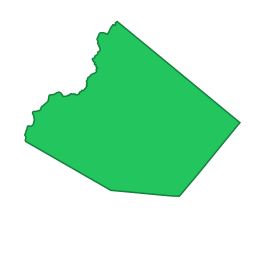 the district of Pailin, Krong Pailin, Cambodia, rotated 40°
{"feature_id": "14789045B44552774517246", "entity_name": "Pailin", "entity_type": "district", "adm_level": 2, "iso_a3": "KHM", "parent_name": "Cambodia", "parent_adm1": "Krong Pailin", "projection": "albers", "projection_center": [102.523, 12.778], "detail": "fine", "context": "isolated", "style": "filled", "palette": "green", "viewbox_px": 256, "rotation_deg": 40, "n_neighbors": 0, "source": "geoboundaries", "source_scale": "gbopen_adm2", "svg_char_len": 3718}
<svg xmlns="http://www.w3.org/2000/svg" viewBox="0 0 256 256"><g transform="rotate(40 128 128)"><path d="M210.3,51.9L206.8,52.0L102.1,52.9L89.4,53.0L51.2,53.4L50.9,54.7L50.9,55.9L51.8,56.5L52.2,57.1L52.2,57.6L51.8,57.9L51.1,58.0L50.6,58.1L50.1,58.5L50.1,59.1L50.3,60.0L50.3,60.5L50.2,61.1L50.4,61.8L50.5,62.3L50.6,63.2L50.9,64.1L51.3,65.7L51.5,66.4L51.6,67.1L51.7,67.6L51.8,68.3L51.9,68.9L51.8,69.6L51.1,69.9L50.7,69.8L49.9,70.0L49.2,70.2L48.6,70.6L47.8,70.9L47.2,71.3L46.7,71.8L46.2,72.2L45.8,72.8L45.4,73.6L45.4,74.3L45.6,75.0L45.8,75.5L46.0,76.0L46.2,76.8L46.3,77.3L46.5,78.1L46.7,78.5L46.8,78.9L47.0,79.4L47.2,79.8L47.5,80.3L48.2,80.4L48.8,80.6L49.6,81.0L49.7,81.5L49.9,82.1L50.3,82.3L50.7,82.8L51.0,83.1L51.4,83.2L51.9,83.3L52.2,83.3L52.6,83.4L53.0,83.8L53.3,84.1L53.6,84.3L54.1,84.4L54.5,84.6L55.1,85.0L55.4,85.1L56.0,85.5L56.4,86.1L56.5,86.5L56.7,87.2L56.8,87.6L56.5,88.2L56.3,88.4L56.2,89.1L56.6,90.0L57.1,90.8L57.2,91.4L57.2,91.8L57.0,92.5L56.7,93.1L56.5,93.8L56.5,94.4L56.9,95.1L57.2,95.6L57.2,96.0L57.1,96.3L56.6,96.9L56.3,97.4L56.3,97.9L56.8,98.5L57.3,98.7L57.7,98.7L58.1,98.7L58.8,99.3L59.2,99.3L59.6,99.2L60.5,99.1L60.8,99.5L60.8,99.9L61.1,100.5L61.4,100.7L61.8,100.8L62.1,100.6L62.9,100.3L63.6,100.8L63.8,101.2L64.2,101.6L64.5,101.7L65.3,101.4L65.8,101.4L65.9,101.8L65.8,102.3L65.8,102.9L66.0,103.5L66.2,103.9L66.8,104.3L67.2,104.5L67.5,104.9L67.6,105.6L67.7,106.1L67.5,106.7L67.3,107.4L66.9,107.9L66.7,108.2L66.3,108.7L66.2,109.1L66.1,109.6L66.0,109.9L65.7,110.5L65.5,110.8L65.4,111.3L65.4,111.9L65.5,112.4L65.6,112.8L65.5,113.2L65.5,113.6L65.4,114.1L65.1,114.5L65.0,114.9L65.0,115.2L65.0,115.7L65.3,116.1L65.9,116.8L65.9,117.4L65.8,117.8L65.8,118.2L65.9,118.5L66.3,119.0L66.9,119.6L67.5,119.7L68.1,119.9L68.2,120.5L68.1,120.9L68.1,121.3L68.4,121.6L68.8,121.8L69.2,121.9L69.6,122.0L69.5,123.1L69.7,123.7L70.0,124.0L70.1,124.5L69.9,125.0L69.8,125.5L69.8,126.0L69.8,126.5L69.8,127.0L69.8,127.4L69.9,127.9L69.6,128.1L69.2,128.3L68.5,128.7L68.5,129.5L68.6,130.3L68.3,130.7L68.0,131.3L67.9,131.8L67.9,132.1L68.2,132.5L68.8,132.9L68.8,133.3L68.5,133.6L68.2,133.9L68.2,134.4L67.8,135.1L67.5,135.4L67.3,135.7L66.9,136.0L66.5,136.1L65.7,135.9L65.3,136.3L65.3,136.7L64.7,136.9L64.1,136.9L63.9,137.6L63.5,138.0L63.2,138.2L62.4,138.2L61.9,139.3L61.9,139.7L62.1,140.1L62.0,140.8L61.6,141.0L61.2,141.2L61.0,141.5L60.9,141.9L60.8,142.5L60.5,143.0L60.2,143.5L59.9,143.8L59.3,144.2L59.1,144.5L58.8,144.9L58.1,145.5L57.7,145.4L56.8,144.9L56.2,144.9L55.8,145.0L55.3,144.8L55.0,144.6L54.4,144.4L53.7,144.3L53.0,144.5L52.4,144.7L52.0,144.9L51.6,145.2L51.5,145.8L51.2,146.3L50.8,146.8L50.5,147.3L50.4,148.1L50.1,149.0L49.8,149.8L49.4,150.2L48.8,151.0L48.4,151.3L47.9,151.8L47.4,152.6L46.9,153.0L46.6,153.6L47.1,154.6L47.6,155.5L48.4,156.6L48.6,157.5L49.2,158.0L49.5,158.7L49.4,159.4L49.3,160.5L49.2,161.6L49.1,162.4L48.9,163.3L48.7,164.9L48.5,166.0L48.2,166.7L48.2,167.9L48.6,168.9L49.1,169.7L49.1,170.6L48.9,171.1L48.7,171.8L48.4,172.3L47.9,173.0L47.5,173.3L47.2,174.0L46.9,174.4L46.4,174.9L46.0,175.1L45.6,175.5L45.3,175.9L45.0,176.2L44.8,176.5L44.9,177.2L45.1,177.6L45.3,178.0L45.9,178.4L46.7,178.8L47.2,178.9L48.0,179.2L48.8,180.2L49.4,180.6L49.9,181.0L50.4,181.4L51.2,182.1L51.6,182.9L52.0,184.2L53.0,185.6L53.1,186.2L53.1,186.8L53.1,187.3L52.8,188.2L52.5,189.1L52.0,189.5L51.5,189.9L50.6,190.2L50.2,190.6L50.0,191.0L50.3,192.0L50.7,192.9L51.2,193.7L51.5,194.3L51.8,195.5L52.2,196.6L52.6,197.5L53.0,198.5L53.2,199.2L53.4,199.7L54.2,200.0L54.9,200.2L55.8,200.7L56.2,201.3L56.7,202.3L56.9,202.9L57.2,203.3L57.5,203.8L58.4,204.1L88.3,198.7L125.4,192.1L154.9,186.8L167.4,178.1L197.1,157.6L204.6,152.3L206.6,150.9L211.2,147.1L211.2,117.9L210.5,70.0L210.3,51.9Z" fill="#22c55e" stroke="#15803d" stroke-width="1.5"/></g></svg>